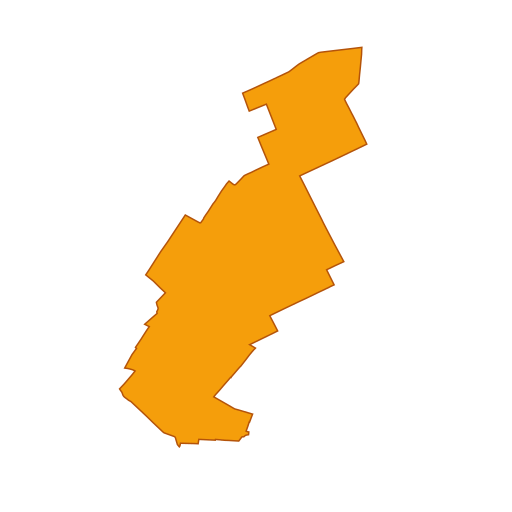 Mitreni, Calarasi, Romania, rotated 338°
{"feature_id": "2599482B76882873077957", "entity_name": "Mitreni", "entity_type": "district", "adm_level": 2, "iso_a3": "ROU", "parent_name": "Romania", "parent_adm1": "Calarasi", "projection": "natural_earth1", "projection_center": [26.636, 44.19], "detail": "fine", "context": "isolated", "style": "filled", "palette": "amber", "viewbox_px": 512, "rotation_deg": 338, "n_neighbors": 0, "source": "geoboundaries", "source_scale": "gbopen_adm2", "svg_char_len": 3317}
<svg xmlns="http://www.w3.org/2000/svg" viewBox="0 0 512 512"><g transform="rotate(338 256 256)"><path d="M183.4,416.4L182.5,415.9L181.7,415.2L181.2,414.7L184.4,411.1L187.5,407.4L187.8,407.6L193.6,401.3L193.3,401.1L182.0,392.1L179.5,390.2L178.9,389.7L170.7,379.2L164.1,370.8L165.4,370.0L166.9,369.2L168.8,368.3L173.0,366.2L177.0,364.1L178.2,363.5L187.2,358.9L187.3,358.9L187.4,359.2L188.1,358.7L196.6,354.3L199.6,352.8L200.5,352.5L207.6,348.4L212.6,345.4L216.5,343.3L218.3,342.4L219.0,342.0L220.4,341.5L221.0,341.2L216.9,335.8L237.2,334.4L248.0,333.6L247.4,326.9L247.2,324.8L246.8,320.7L246.4,316.5L261.0,315.5L265.7,315.2L278.8,314.4L286.7,314.0L300.0,313.1L303.8,312.9L307.5,312.7L308.0,312.6L310.9,312.5L313.7,312.2L317.6,312.0L316.7,300.4L316.3,295.2L325.8,294.6L335.3,294.1L334.5,286.8L333.2,275.0L331.5,257.6L330.8,250.1L330.6,246.7L330.3,243.1L329.4,232.6L328.5,221.8L327.5,209.4L326.5,198.1L364.1,196.1L381.9,195.0L400.6,193.8L400.4,189.6L399.8,181.7L399.3,174.5L399.1,170.3L398.9,168.4L398.6,164.5L398.4,162.2L398.1,159.5L397.6,153.4L397.1,148.7L396.9,146.0L396.8,144.5L396.9,143.7L397.1,143.6L398.5,142.7L404.8,139.7L408.8,137.8L410.9,136.9L415.6,134.8L415.7,134.7L415.9,134.4L416.0,134.1L416.3,133.7L416.5,133.3L416.6,133.2L418.3,129.9L420.3,126.0L423.5,120.0L425.5,116.1L429.4,108.6L431.2,104.5L432.3,102.2L423.0,99.7L415.0,97.5L397.8,92.8L392.6,91.4L390.7,91.0L390.1,90.9L388.9,91.0L379.3,92.4L371.9,93.5L368.0,94.1L366.4,94.5L364.2,95.1L357.5,97.0L355.6,97.5L354.7,97.6L352.7,97.7L338.9,98.5L333.9,98.8L329.0,99.0L315.3,99.7L304.6,100.0L304.4,107.3L304.1,114.5L304.0,119.1L322.5,119.1L322.2,146.2L302.1,146.7L302.1,155.7L302.3,175.6L295.0,175.9L288.0,176.3L283.0,176.7L279.1,176.8L275.8,177.0L275.2,177.1L274.6,177.3L270.3,179.3L266.0,181.2L263.8,182.1L263.4,182.1L263.0,182.1L262.4,181.8L262.1,181.4L261.3,180.3L259.1,176.4L255.7,178.1L253.0,179.9L248.5,182.7L243.5,186.3L239.4,189.4L237.1,190.8L235.9,191.4L229.6,195.9L228.8,196.5L226.8,197.8L224.6,199.2L221.9,201.1L221.0,202.1L217.3,204.4L216.6,204.4L216.4,204.3L214.9,202.6L205.8,191.5L185.8,205.3L179.6,209.6L169.5,216.1L166.4,218.3L151.8,228.7L146.7,232.2L149.4,237.1L151.4,240.7L153.1,244.7L155.5,250.3L157.5,254.5L158.2,256.2L146.3,261.6L146.1,262.6L145.8,264.8L145.8,267.0L145.7,267.7L145.1,268.7L144.4,269.4L143.2,270.4L143.0,270.9L142.8,272.2L136.6,274.3L127.2,277.6L130.6,281.5L128.4,282.9L126.2,284.4L121.1,288.0L118.5,289.9L110.0,295.6L110.6,296.9L104.2,300.9L98.2,305.8L92.3,310.7L93.1,311.2L94.7,312.1L96.3,313.2L96.6,313.4L98.9,315.2L100.2,316.5L100.8,317.3L96.8,319.6L94.9,320.6L85.6,325.4L79.7,328.1L79.9,329.2L80.0,329.6L80.6,332.2L80.6,332.8L80.5,335.0L80.6,335.6L80.7,336.3L81.1,337.4L81.9,338.8L82.4,339.5L83.8,342.0L85.5,344.1L89.2,352.1L94.2,362.9L98.1,371.8L103.7,384.1L104.5,385.5L112.3,392.5L113.0,393.3L113.2,394.3L112.9,397.1L112.5,401.3L112.6,401.7L113.4,404.2L114.2,403.7L115.0,402.6L115.8,401.3L129.0,407.0L132.0,408.4L134.3,404.6L149.3,411.5L149.7,410.9L152.3,412.2L153.3,412.7L154.3,413.2L155.3,413.8L156.6,414.4L157.1,414.7L158.1,415.2L161.9,416.9L162.9,417.4L170.7,421.1L174.9,418.6L175.2,418.5L175.5,418.5L175.9,418.6L176.2,418.8L176.5,418.9L177.3,419.0L177.9,418.7L178.6,418.5L179.2,418.4L179.6,418.4L180.9,418.6L182.1,418.9L182.8,417.7L183.4,416.4Z" fill="#f59e0b" stroke="#b45309" stroke-width="1.5"/></g></svg>